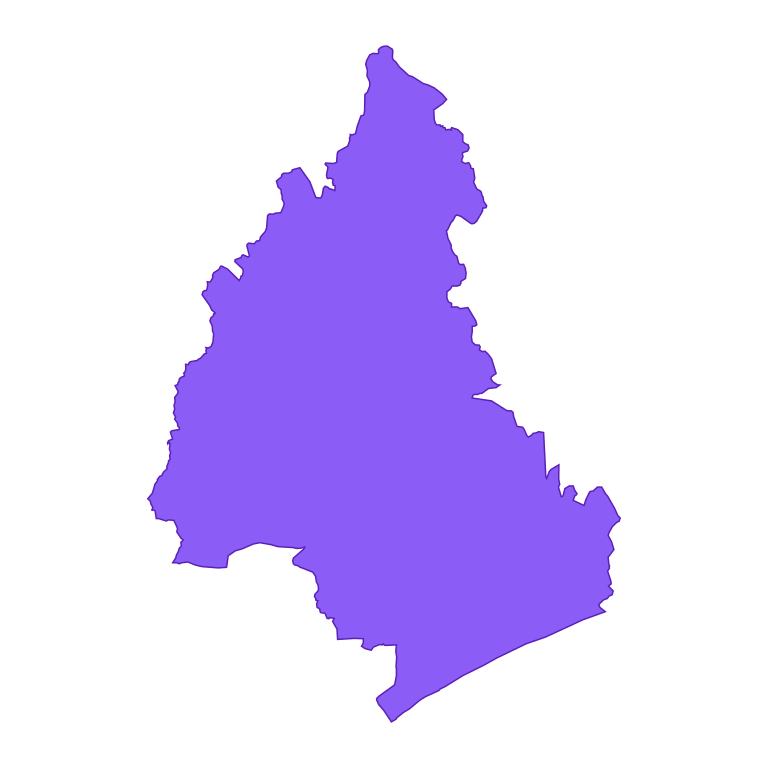 the district of Ambovombe-Androy, Androy, Madagascar
{"feature_id": "10022922B3330352702203", "entity_name": "Ambovombe-Androy", "entity_type": "district", "adm_level": 2, "iso_a3": "MDG", "parent_name": "Madagascar", "parent_adm1": "Androy", "projection": "robinson", "projection_center": [45.726, -24.798], "detail": "fine", "context": "isolated", "style": "filled", "palette": "violet", "viewbox_px": 768, "rotation_deg": 0, "n_neighbors": 0, "source": "geoboundaries", "source_scale": "gbopen_adm2", "svg_char_len": 6103}
<svg xmlns="http://www.w3.org/2000/svg" viewBox="0 0 768 768"><path d="M175.8,557.8L172.7,562.7L177.0,562.8L179.3,563.8L181.6,562.8L187.8,562.0L195.6,565.1L202.0,566.6L218.2,567.9L225.8,567.4L226.6,567.2L228.2,555.8L235.3,550.8L242.0,548.9L253.3,544.0L259.9,542.7L270.8,544.6L277.8,546.6L293.4,547.6L296.2,548.4L300.0,548.3L304.6,547.2L303.7,549.1L293.5,558.0L292.7,560.7L293.4,563.7L294.6,564.9L298.2,565.8L299.6,567.0L312.7,572.1L315.6,576.4L316.4,582.0L318.0,584.9L318.5,588.6L318.1,590.8L314.9,594.4L314.5,596.7L315.5,598.0L316.0,600.4L317.9,600.7L316.6,603.8L317.1,607.4L319.6,608.8L320.3,612.2L320.9,612.7L325.0,613.3L327.1,618.4L328.9,618.7L329.3,617.6L334.2,618.4L332.6,621.4L337.0,629.1L337.6,639.4L354.3,638.4L363.3,638.7L363.3,643.0L361.5,646.2L365.0,648.6L371.2,650.2L373.4,647.1L379.4,644.6L382.1,644.9L383.1,643.9L384.3,645.2L385.8,645.4L396.4,644.9L395.8,651.4L396.7,657.1L396.0,667.1L396.4,668.0L396.4,675.9L394.6,684.9L378.9,696.2L376.7,698.5L376.6,699.8L378.5,704.3L384.0,710.7L391.4,721.9L395.9,719.3L396.7,717.9L403.2,712.6L409.4,708.9L419.5,700.4L425.6,696.6L438.9,690.5L440.1,689.0L444.9,686.7L463.0,675.5L484.2,665.0L496.1,658.3L526.3,643.7L545.4,637.1L582.8,619.8L605.3,611.7L599.8,607.3L598.8,604.5L603.5,599.9L607.3,598.5L609.1,596.0L612.1,594.8L613.2,591.0L608.5,586.1L611.2,583.8L610.7,580.6L607.6,571.0L609.4,568.3L609.1,566.9L609.6,566.2L608.8,563.9L608.1,557.3L613.9,549.6L611.5,541.6L608.2,535.7L608.8,533.1L612.4,526.6L616.5,522.5L619.2,521.2L620.2,518.0L617.8,515.5L614.5,508.2L607.6,496.1L605.8,494.2L601.7,487.1L597.4,487.1L593.2,491.0L590.4,491.4L589.5,492.1L585.8,499.9L584.0,505.5L573.1,500.3L575.0,495.6L576.5,494.8L577.0,493.7L574.3,489.5L573.3,486.0L569.3,485.9L564.9,488.6L563.0,495.9L561.3,496.8L558.6,487.7L558.7,486.2L559.7,484.5L558.7,479.0L558.9,464.8L551.0,469.5L549.3,471.5L546.7,478.4L545.8,476.8L543.6,432.5L538.6,431.7L536.2,432.9L533.2,433.3L531.3,435.4L528.4,437.0L527.0,435.8L524.1,429.3L522.6,427.2L517.0,426.4L513.6,416.3L513.0,412.3L511.4,410.9L506.8,410.6L491.5,400.9L472.1,398.0L472.9,395.5L474.2,394.4L477.5,394.5L479.9,393.4L482.0,393.3L488.5,388.5L496.1,387.6L499.8,385.0L497.5,384.8L492.8,381.7L491.0,379.0L491.3,376.9L496.1,373.5L491.6,358.8L487.9,353.9L485.0,351.2L482.4,351.6L479.4,349.9L480.2,346.9L479.2,345.1L475.4,344.9L472.2,342.1L471.4,336.7L472.3,331.4L472.2,326.3L474.9,326.1L476.6,325.1L476.7,323.8L475.7,320.7L467.9,307.6L460.0,308.7L457.6,307.0L451.5,306.9L451.6,303.4L448.4,301.8L446.9,298.0L446.9,291.9L450.4,289.0L452.1,286.0L456.9,286.1L459.8,285.2L460.9,283.3L460.9,281.4L465.5,278.5L466.1,273.1L465.3,268.3L463.6,264.3L460.1,264.6L458.6,263.1L456.9,256.3L454.6,254.6L452.4,251.2L451.1,247.7L451.2,245.0L448.0,238.5L446.4,230.7L447.6,229.8L450.7,223.2L453.3,220.0L455.4,215.9L456.9,215.0L460.8,216.3L470.6,223.3L471.9,223.8L474.1,223.4L476.5,221.4L481.5,213.0L482.6,210.7L482.7,208.2L486.0,207.7L486.7,205.8L483.7,201.4L483.0,196.8L482.1,195.7L481.3,192.2L480.1,190.8L476.8,189.0L473.6,182.2L474.8,178.1L473.3,168.8L470.8,168.1L470.6,165.8L468.7,162.7L465.0,163.5L461.7,161.6L461.8,159.6L463.0,156.7L462.4,154.1L462.7,152.6L467.6,151.0L469.1,148.0L468.1,144.8L465.2,143.7L462.8,141.6L462.8,134.5L457.9,129.7L451.7,127.6L450.9,128.9L451.2,130.0L448.3,129.4L446.0,130.1L444.9,127.6L443.1,127.5L442.7,125.8L440.6,126.4L440.1,124.9L436.9,125.0L435.4,123.2L434.3,119.8L433.7,110.0L442.6,103.7L446.6,99.4L442.1,94.0L434.4,88.0L428.5,85.1L423.4,83.6L412.3,76.6L408.8,75.6L399.2,66.8L395.7,61.8L393.3,59.9L392.4,57.6L392.8,51.0L392.3,49.2L387.3,46.1L384.0,46.2L380.8,47.4L378.4,49.7L378.7,52.8L378.1,53.7L373.1,53.4L369.8,54.8L366.7,60.4L365.7,64.3L367.4,70.2L367.0,75.9L369.6,81.6L369.8,85.8L367.4,92.2L364.9,94.5L364.6,110.7L364.0,114.0L363.5,115.1L360.9,116.0L357.3,126.1L355.5,133.7L351.9,135.0L350.3,134.4L350.3,136.3L349.5,137.9L349.8,140.2L347.8,146.1L338.1,151.4L337.3,153.4L336.6,162.4L333.4,163.5L325.7,163.0L325.2,163.7L325.3,164.6L327.5,166.4L327.9,167.6L326.5,174.8L326.9,177.6L327.8,178.6L330.6,178.1L333.1,179.6L332.6,181.9L332.6,183.0L333.4,183.9L333.0,185.0L335.2,186.0L334.8,190.6L330.9,188.9L329.9,189.3L328.1,187.4L325.1,186.2L323.4,188.2L322.3,194.9L320.7,198.1L315.8,197.5L309.9,181.8L299.9,167.7L292.3,169.8L291.6,171.8L288.5,173.2L283.7,173.2L281.7,174.7L281.5,176.8L276.4,181.0L278.1,187.1L281.1,189.7L281.2,192.9L282.3,196.7L282.0,198.7L284.2,203.3L283.4,206.8L280.8,212.7L275.1,213.2L273.8,214.1L269.3,214.0L267.6,215.5L266.6,228.1L265.2,231.6L260.6,236.8L259.5,240.7L256.5,241.0L254.3,243.8L248.8,243.1L247.2,244.3L246.9,246.1L249.4,255.7L248.7,256.7L248.1,257.0L243.0,254.8L241.9,255.5L241.0,257.5L235.1,259.8L234.9,261.6L242.9,269.1L243.2,271.7L242.6,275.1L240.9,276.3L240.7,277.9L239.3,280.6L227.6,269.1L221.7,266.1L220.6,266.3L219.0,269.4L213.7,272.8L212.6,275.2L212.7,277.9L210.1,282.1L207.3,281.7L207.7,284.8L207.0,289.1L206.0,290.7L204.3,290.6L202.9,291.9L202.1,294.8L209.8,305.7L211.7,310.0L215.1,312.8L214.8,313.7L213.6,313.9L213.4,315.8L211.0,317.7L209.9,320.9L212.3,326.2L212.5,331.0L213.6,333.5L213.0,341.8L211.1,346.5L208.4,347.9L205.9,347.6L206.6,348.9L205.9,350.4L206.4,353.3L204.2,354.0L200.4,358.4L198.5,359.1L197.2,360.5L190.3,361.7L189.1,362.7L188.4,364.6L185.6,364.3L185.8,369.3L184.8,372.2L183.7,373.1L184.3,374.3L184.0,376.4L182.1,376.8L179.7,378.5L179.1,379.7L179.4,380.9L178.1,382.4L177.7,384.6L175.1,385.6L178.2,391.6L177.6,393.7L174.7,397.3L175.1,402.0L174.0,405.4L174.7,409.0L173.4,412.9L175.6,417.2L174.6,419.0L177.5,423.2L177.8,426.2L179.3,427.5L179.3,429.5L172.0,430.7L170.4,432.1L172.6,439.0L168.6,440.7L167.5,442.8L167.8,443.9L168.9,442.3L170.0,443.4L169.4,449.3L170.6,452.3L169.6,455.9L170.1,459.3L168.5,460.8L168.6,462.0L166.8,466.5L167.0,468.9L163.6,472.0L161.6,475.7L159.9,476.2L157.4,479.4L157.6,480.5L155.0,484.1L152.4,493.1L147.8,498.8L150.1,500.9L151.2,504.7L152.8,507.1L151.9,510.1L154.5,510.4L155.1,511.1L156.3,518.6L158.7,518.6L166.3,521.0L168.4,519.9L173.9,520.4L177.5,528.3L176.8,531.9L181.3,538.6L183.1,539.7L182.8,540.6L180.9,542.2L181.3,546.4L179.3,548.1L178.3,551.6L176.4,555.0L175.8,557.8Z" fill="#8b5cf6" stroke="#5b21b6" stroke-width="1.5"/></svg>